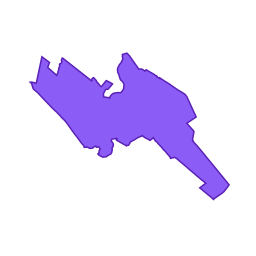 the district of Gradinari, Giurgiu, Romania, rotated 253°
{"feature_id": "2599482B26302883103765", "entity_name": "Gradinari", "entity_type": "district", "adm_level": 2, "iso_a3": "ROU", "parent_name": "Romania", "parent_adm1": "Giurgiu", "projection": "albers", "projection_center": [25.804, 44.394], "detail": "fine", "context": "isolated", "style": "filled", "palette": "violet", "viewbox_px": 256, "rotation_deg": 253, "n_neighbors": 0, "source": "geoboundaries", "source_scale": "gbopen_adm2", "svg_char_len": 5749}
<svg xmlns="http://www.w3.org/2000/svg" viewBox="0 0 256 256"><g transform="rotate(253 128 128)"><path d="M44.1,208.1L48.2,206.4L62.2,200.7L86.5,190.7L92.1,188.3L93.2,187.7L96.3,186.2L96.4,186.5L97.3,186.5L98.1,186.3L98.9,186.7L100.4,187.5L104.0,189.4L104.6,189.7L105.0,190.0L105.8,189.9L106.3,189.8L115.3,185.6L118.6,196.4L140.8,193.4L143.3,192.5L144.9,191.3L149.4,187.2L151.0,185.9L156.1,181.8L157.7,180.7L162.7,176.3L166.6,173.1L166.0,172.9L166.9,172.0L168.5,170.5L168.9,170.9L169.6,170.4L170.8,169.3L171.4,168.8L171.9,168.4L173.5,166.9L178.4,162.4L177.9,161.5L177.4,160.7L178.2,160.2L179.6,159.2L180.0,158.7L180.2,158.4L180.5,158.1L180.7,157.6L180.8,157.2L180.9,156.7L180.9,156.4L181.0,155.9L181.0,155.6L194.5,151.2L196.4,150.6L198.0,149.8L199.2,149.2L199.9,148.8L200.0,144.3L200.0,144.2L199.5,144.3L199.2,144.2L198.6,143.7L198.0,143.5L196.8,143.4L196.1,143.3L195.4,143.2L194.6,142.5L193.8,141.5L193.1,141.2L192.2,139.9L191.0,138.3L190.7,137.8L190.2,137.4L189.7,137.0L189.1,136.4L188.2,135.6L187.2,135.1L185.9,134.8L185.0,134.6L184.1,134.5L180.9,134.9L180.3,134.8L178.4,134.8L177.5,134.9L176.9,134.8L176.4,134.9L175.8,135.1L175.4,135.6L174.5,136.0L173.4,136.4L172.6,136.7L171.6,136.8L171.3,137.0L171.0,137.0L169.9,136.6L168.5,135.9L168.2,135.8L167.7,135.7L166.3,134.8L165.7,134.1L165.1,133.3L164.7,132.8L164.3,132.2L164.1,131.6L164.2,130.4L164.4,129.8L164.7,129.2L164.9,128.2L165.1,127.2L165.3,126.0L165.4,124.3L165.2,123.3L164.7,122.0L164.2,121.3L163.8,120.7L163.4,120.2L163.0,119.7L162.6,119.4L162.1,119.4L164.9,113.8L165.4,113.9L166.2,114.1L167.4,114.4L167.9,114.6L168.2,114.8L168.5,115.0L169.0,115.5L169.4,116.0L169.7,116.2L170.1,116.6L170.8,117.2L171.2,117.6L171.3,118.0L171.3,118.4L171.3,118.6L171.4,118.8L171.4,119.0L171.0,119.7L171.0,119.8L170.9,120.0L171.4,121.1L172.2,122.2L173.0,123.7L173.6,124.5L173.8,124.9L174.1,125.2L174.4,125.7L174.7,126.1L176.5,124.4L177.4,123.6L177.8,123.1L178.0,122.9L178.6,122.3L179.4,121.4L179.6,121.3L179.7,121.1L179.4,120.4L178.3,119.0L176.9,116.8L176.3,116.1L176.1,115.9L175.5,114.7L175.4,114.6L175.5,114.5L175.6,114.3L176.1,114.1L176.3,113.9L176.6,113.7L176.8,113.5L177.3,113.4L177.7,113.1L177.9,113.1L178.6,112.9L179.5,112.6L180.2,112.2L181.0,111.7L182.4,111.6L185.2,110.4L186.2,109.9L186.2,109.5L186.0,108.8L185.9,108.4L185.6,107.9L185.4,107.8L184.9,107.6L184.5,107.6L184.3,107.5L184.1,107.4L183.8,107.1L183.7,107.0L184.8,106.2L213.9,86.0L214.1,85.4L213.3,84.9L212.4,84.1L211.5,84.2L210.9,84.1L209.7,83.2L209.2,82.4L209.3,81.8L209.3,81.5L209.1,81.3L208.7,81.0L208.1,80.9L207.9,80.9L207.3,80.8L206.5,80.4L206.3,80.0L205.5,79.3L205.0,79.1L204.4,79.0L204.0,78.8L203.3,78.0L202.7,77.7L202.3,77.6L201.6,77.2L200.9,76.7L200.0,75.8L199.2,75.2L209.4,68.9L213.6,72.1L221.3,66.5L197.7,53.4L200.0,49.4L200.3,47.9L198.9,48.8L195.3,48.8L193.2,48.8L192.6,49.2L191.9,49.5L190.4,50.5L189.6,51.0L189.2,51.4L188.1,52.0L179.9,56.0L173.8,59.1L173.3,59.4L170.3,60.8L169.1,61.5L167.9,62.2L167.6,62.3L166.0,63.2L164.3,64.3L163.4,64.7L161.6,65.6L161.0,65.9L160.8,66.1L160.5,66.3L160.4,66.2L160.0,66.4L159.5,66.7L157.6,67.5L156.8,67.9L155.0,68.9L154.4,69.2L153.8,69.7L153.5,69.7L153.1,69.8L152.3,70.3L151.8,70.5L151.0,70.7L150.4,70.9L148.4,71.7L147.8,71.8L147.6,72.0L147.1,72.1L146.2,72.4L144.9,72.8L144.3,73.0L143.7,73.2L143.2,73.3L141.3,74.0L138.7,74.9L137.6,75.3L135.3,76.2L133.9,76.7L131.1,77.7L127.9,78.8L126.7,79.2L126.1,79.5L125.5,79.8L124.9,80.2L124.6,80.3L123.5,80.5L122.9,80.5L122.3,80.5L121.9,82.2L121.7,83.5L120.5,84.5L119.4,86.3L119.1,88.3L119.8,89.7L120.1,90.3L120.0,92.0L118.9,92.1L118.6,93.6L118.5,94.6L117.8,94.7L117.0,95.0L116.1,95.3L115.9,95.3L115.7,95.1L115.4,94.5L114.9,93.9L114.3,93.6L113.4,93.2L112.8,92.8L112.1,92.7L112.1,91.7L111.0,91.9L109.4,93.3L107.8,95.0L107.7,95.1L107.6,95.3L107.4,95.8L107.0,98.4L106.9,98.6L106.9,99.0L107.0,99.1L107.1,99.6L107.3,100.0L107.6,101.2L107.8,101.8L107.9,102.7L108.0,103.1L108.0,103.4L108.2,103.9L108.4,104.3L109.1,105.0L109.4,105.2L109.7,105.5L110.0,105.7L112.0,106.6L112.4,106.7L113.2,106.8L113.4,106.9L113.6,107.0L114.2,107.8L114.6,108.2L115.3,108.7L115.8,108.9L116.0,109.0L116.8,109.2L117.5,109.2L118.0,109.0L118.3,109.0L119.2,108.8L119.5,108.7L120.1,108.3L120.3,108.2L120.5,108.2L120.7,108.3L121.2,108.7L121.4,108.7L121.7,108.9L121.8,109.0L122.0,109.2L122.0,110.0L121.8,110.9L121.4,113.5L121.5,114.1L120.9,114.5L119.8,113.4L119.5,113.7L118.8,114.3L116.7,116.3L113.4,119.4L113.0,119.8L112.3,120.6L111.3,121.4L111.5,122.1L111.5,122.6L111.4,123.5L112.3,124.6L112.9,125.2L113.7,126.2L114.1,126.6L114.4,128.3L114.8,130.5L115.6,133.4L115.7,133.7L115.8,134.2L115.9,134.9L115.9,135.3L116.0,135.7L116.2,136.6L116.1,137.3L116.2,137.9L116.5,139.6L115.9,139.7L114.5,140.9L113.9,141.3L113.1,142.0L112.7,142.5L111.8,143.5L111.0,144.4L110.3,144.8L109.8,145.3L109.7,145.4L111.0,148.9L111.4,149.3L110.8,149.6L109.0,150.0L107.4,150.5L106.4,151.4L104.3,152.2L99.5,154.6L97.7,155.2L96.6,155.8L94.2,157.1L92.7,157.6L88.5,159.5L88.2,159.7L87.7,159.8L87.3,159.6L86.4,159.9L86.5,160.8L86.5,161.1L86.5,161.4L86.4,162.5L86.3,162.9L86.4,163.2L86.4,163.4L86.1,164.1L85.3,164.9L84.8,165.4L83.4,166.3L82.8,166.7L81.8,167.2L80.7,168.0L80.2,168.3L79.2,169.0L78.7,169.3L78.3,169.5L76.1,171.0L73.6,172.6L71.1,174.1L69.2,175.3L68.4,175.8L68.0,176.1L67.1,176.7L66.7,176.9L64.9,178.1L64.3,178.5L62.6,179.5L60.9,180.6L60.1,181.2L59.5,181.6L56.7,183.3L55.4,184.3L54.0,185.2L53.0,185.8L52.4,186.2L52.2,185.5L51.1,182.5L50.8,181.9L50.3,180.4L49.8,179.1L47.5,180.7L45.0,182.2L44.5,182.6L43.8,183.1L41.6,184.5L38.8,186.4L35.8,188.3L35.1,188.6L34.9,188.7L34.7,188.9L34.9,189.0L35.0,189.2L35.3,190.1L35.4,190.3L35.6,191.0L35.9,191.9L37.0,195.3L37.7,197.5L38.3,199.4L38.5,199.7L38.8,200.5L39.1,201.2L39.6,201.9L40.7,203.5L43.0,206.7L44.1,208.1Z" fill="#8b5cf6" stroke="#5b21b6" stroke-width="1.5"/></g></svg>